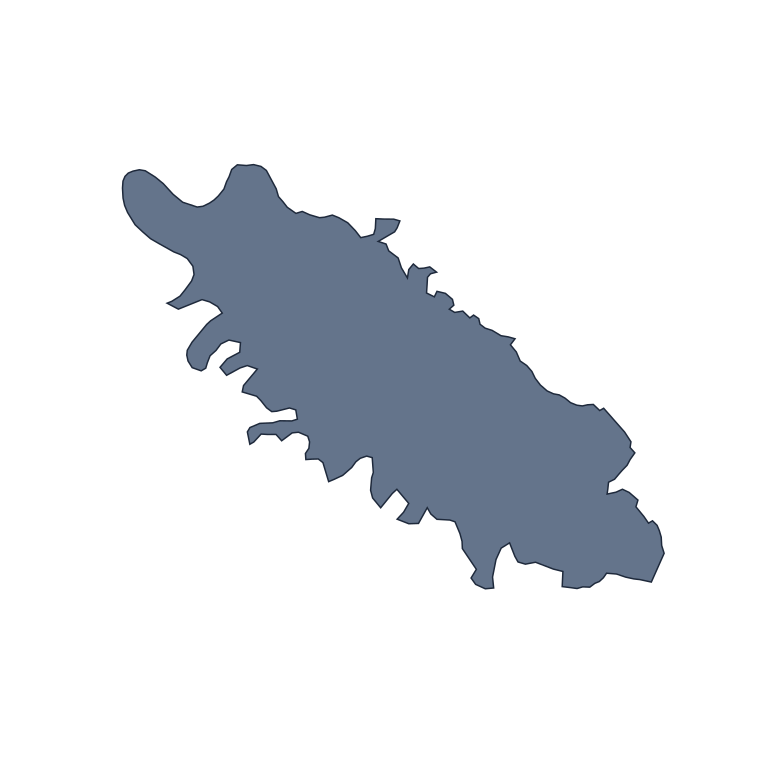 outline of Realeza, Paraná, Brazil, rotated 311°
{"feature_id": "56859067B32532391106562", "entity_name": "Realeza", "entity_type": "district", "adm_level": 2, "iso_a3": "BRA", "parent_name": "Brazil", "parent_adm1": "Paraná", "projection": "equal_earth", "projection_center": [-53.548, -25.669], "detail": "fine", "context": "isolated", "style": "filled", "palette": "slate", "viewbox_px": 768, "rotation_deg": 311, "n_neighbors": 0, "source": "geoboundaries", "source_scale": "gbopen_adm2", "svg_char_len": 3266}
<svg xmlns="http://www.w3.org/2000/svg" viewBox="0 0 768 768"><g transform="rotate(311 384 384)"><path d="M456.9,676.4L452.5,674.9L454.5,667.1L456.6,654.7L463.0,651.8L463.0,640.2L461.0,633.0L454.6,630.1L447.3,624.6L451.6,621.8L457.2,617.9L463.4,620.5L469.6,620.4L474.9,620.4L482.1,620.8L488.5,619.3L496.6,618.5L497.5,611.4L502.4,608.3L505.6,597.1L509.8,565.7L505.5,564.2L505.9,555.4L501.9,551.3L497.6,548.1L494.5,543.4L492.3,537.0L492.1,529.9L490.7,523.3L487.8,518.4L485.8,511.7L485.8,502.7L487.5,494.4L490.5,487.4L491.6,479.6L490.7,471.7L495.0,462.8L496.5,453.7L504.1,453.2L501.0,446.7L497.2,440.6L495.4,430.4L492.5,423.7L492.1,417.3L495.5,412.6L494.8,406.4L490.2,405.4L490.7,395.6L484.4,390.4L483.3,384.2L489.3,385.0L492.8,380.1L492.7,370.9L488.7,363.2L482.8,364.8L480.6,356.4L487.3,351.3L493.1,346.8L497.7,346.8L502.9,350.3L502.4,341.7L497.7,338.2L493.9,334.4L493.8,327.4L486.7,327.6L479.4,332.1L483.1,320.9L488.4,312.0L487.6,300.2L491.0,293.7L487.8,286.1L498.8,289.8L505.8,292.2L510.4,291.5L517.5,289.0L514.8,283.2L508.4,275.7L503.4,269.4L495.6,275.5L490.2,278.0L484.6,274.5L479.2,270.4L480.9,261.8L481.9,250.9L479.9,240.9L477.6,234.2L470.9,229.7L467.2,226.2L463.0,217.0L460.6,209.1L455.0,205.6L453.9,195.1L455.3,188.0L456.2,181.4L460.6,174.6L468.0,155.1L467.5,148.4L464.0,141.6L458.7,136.9L453.2,129.5L446.0,128.3L438.8,131.1L433.5,132.4L426.1,135.3L417.1,135.6L411.3,135.0L406.0,133.6L399.4,130.8L395.0,126.9L389.1,112.8L388.8,100.3L390.4,86.0L390.1,75.6L388.3,63.9L385.2,58.8L380.0,54.9L375.4,52.6L370.8,52.3L365.9,53.9L360.3,58.1L353.1,65.1L348.6,71.1L345.2,78.0L340.9,91.7L340.5,101.9L340.5,112.5L342.4,122.4L345.8,138.7L348.2,145.5L349.6,153.2L347.5,162.5L342.0,168.8L335.5,171.2L324.4,172.1L316.5,172.4L307.2,169.6L302.7,167.3L305.6,179.7L328.3,191.3L331.6,198.6L333.3,207.6L331.4,215.4L318.0,211.7L312.7,211.1L289.6,211.7L280.4,213.4L276.4,216.2L272.8,221.0L270.5,228.5L274.0,237.4L279.0,239.1L284.0,236.8L291.2,234.2L299.1,235.2L307.2,234.6L315.4,238.1L321.1,248.5L313.3,254.3L300.1,249.2L289.0,249.3L287.3,259.5L301.8,264.9L308.2,268.7L312.2,278.6L290.7,279.0L285.0,282.2L291.2,295.9L290.7,301.8L289.0,311.0L289.5,317.4L293.1,320.9L303.9,328.4L306.6,334.4L300.6,341.7L295.6,338.6L287.9,329.5L281.7,325.5L272.8,316.1L263.2,311.4L258.2,312.3L250.5,322.3L254.8,323.8L265.6,324.1L269.5,329.2L275.1,335.6L274.0,344.0L286.9,346.8L291.5,351.1L294.6,360.7L291.5,365.8L286.2,369.5L280.0,370.3L275.7,374.6L280.0,378.9L284.3,383.6L284.6,389.5L274.0,406.3L279.3,408.9L288.1,412.8L299.9,414.4L306.8,413.8L312.3,414.8L318.2,418.2L320.7,423.4L310.2,434.0L305.1,436.2L295.0,443.6L290.5,450.2L288.4,462.7L306.8,462.1L313.0,462.8L310.1,481.0L300.1,482.9L290.6,482.6L294.8,494.4L301.4,501.5L319.0,497.8L316.6,504.7L316.6,512.7L324.5,522.9L326.6,528.0L320.9,539.5L316.4,546.2L311.2,551.1L304.7,575.3L294.7,577.0L292.9,584.6L295.9,594.8L302.0,600.6L309.5,592.6L325.0,583.7L337.0,580.1L346.5,583.0L339.8,595.8L337.6,601.9L340.8,608.9L348.9,615.3L355.4,633.2L359.9,642.0L348.0,651.4L353.0,658.8L356.3,663.9L361.3,667.1L365.7,672.6L371.9,673.9L376.2,676.1L381.7,676.7L387.2,676.1L393.1,684.1L396.8,693.1L400.8,700.4L404.3,705.5L409.9,715.7L440.0,706.5L444.3,699.5L450.3,693.7L454.0,687.9L456.5,682.8L456.9,676.4Z" fill="#64748b" stroke="#1e293b" stroke-width="1.5"/></g></svg>